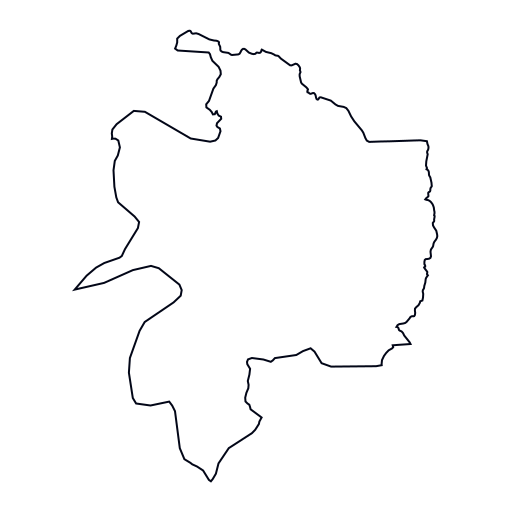 map outline of Razavi Khorasan (Albers equal-area conic projection)
{"feature_id": "IRN-3245", "entity_name": "Razavi Khorasan", "entity_type": "Province", "adm_level": 1, "iso_a3": "IRN", "parent_name": "Iran", "parent_adm1": "", "projection": "albers", "projection_center": [59.461, 35.325], "detail": "fine", "context": "isolated", "style": "outline", "palette": "ink", "viewbox_px": 512, "rotation_deg": 0, "n_neighbors": 0, "source": "natural_earth", "source_scale": "10m", "svg_char_len": 4944}
<svg xmlns="http://www.w3.org/2000/svg" viewBox="0 0 512 512"><path d="M188.3,30.9L188.6,31.0L189.7,30.7L190.3,30.9L190.8,31.4L191.4,32.7L191.8,33.2L192.8,33.7L193.9,33.6L195.1,33.4L196.2,33.3L198.6,34.0L209.3,39.4L213.9,40.5L216.2,40.7L217.3,41.0L218.5,41.6L219.0,42.2L219.0,42.8L218.8,43.4L218.9,44.1L219.9,46.1L220.2,46.8L220.3,48.4L220.3,49.6L220.6,50.6L221.8,51.6L223.0,52.1L228.4,52.9L229.2,53.4L231.0,54.7L232.0,55.0L238.3,54.4L239.5,53.8L240.4,52.4L241.1,50.9L241.9,49.7L243.0,48.9L244.4,48.9L245.5,49.5L248.9,52.6L251.9,53.8L253.5,54.1L255.0,53.9L255.6,53.6L256.1,53.0L256.6,52.6L257.4,52.6L258.8,52.9L259.5,52.9L260.3,52.6L261.2,51.5L261.4,50.2L261.8,49.6L265.9,51.9L271.3,53.2L274.0,54.5L275.0,55.2L275.9,55.5L277.9,55.8L278.6,56.2L280.9,58.6L290.1,65.3L291.6,65.4L295.5,63.7L297.1,64.1L298.5,65.4L299.8,67.3L300.1,68.4L299.9,70.4L300.3,71.3L300.5,72.1L300.2,72.8L299.8,73.7L299.6,74.7L299.7,76.5L301.1,82.5L301.9,83.7L306.3,87.3L307.6,88.8L308.0,89.4L307.9,89.8L307.6,90.1L307.5,90.4L307.5,90.9L307.3,91.7L307.5,92.3L308.6,92.6L309.0,93.1L309.6,93.5L310.2,93.8L310.8,93.8L313.0,93.0L314.0,93.1L315.2,94.4L315.7,95.8L316.0,97.4L316.5,98.9L317.4,99.6L318.1,99.5L318.6,98.9L319.4,97.6L320.0,97.3L320.8,97.3L330.8,100.6L335.4,104.4L338.0,105.9L343.7,106.9L346.3,108.1L348.4,110.8L351.1,116.4L354.3,121.3L361.8,130.3L363.3,132.7L365.4,138.1L366.8,140.6L369.2,141.9L380.3,141.5L390.1,141.3L405.1,140.8L413.4,140.5L420.5,140.3L424.0,140.8L426.9,141.2L427.5,144.1L428.1,145.5L428.4,146.3L428.5,147.4L428.4,148.4L428.2,149.4L427.8,150.3L427.4,150.9L427.1,151.9L427.2,152.9L427.7,154.2L426.3,161.3L426.0,165.6L427.0,168.1L426.8,168.4L426.7,168.7L426.5,169.3L427.2,169.6L427.8,170.0L428.2,170.5L428.5,171.0L428.8,171.9L428.9,172.8L429.0,174.9L429.3,175.7L430.3,177.4L431.5,182.8L431.7,185.5L431.8,185.9L431.7,186.4L431.0,187.4L430.6,188.0L430.4,188.8L430.3,189.7L430.3,190.5L430.0,191.4L429.4,191.9L428.8,192.1L428.3,192.6L428.2,193.6L428.4,195.4L428.4,196.2L427.6,197.1L426.1,198.3L425.3,199.4L426.3,199.8L428.1,200.1L429.5,200.8L430.8,201.9L431.9,203.3L432.7,204.5L433.3,206.0L433.8,207.5L434.2,210.6L434.5,211.9L434.5,213.3L434.1,215.3L434.6,215.9L434.6,216.8L434.2,218.9L434.1,219.4L434.2,220.9L434.0,221.5L433.1,222.5L432.8,223.0L433.0,225.4L434.0,227.3L435.8,230.0L436.3,230.8L437.1,234.4L437.3,236.1L436.9,237.9L436.0,239.6L434.4,241.7L433.6,243.4L433.1,246.1L432.7,247.0L431.2,249.1L430.8,250.0L430.5,251.8L431.0,256.3L430.4,257.9L429.1,258.7L427.4,259.0L425.8,259.1L424.8,259.9L424.4,261.8L424.4,263.7L424.5,264.5L424.9,264.9L425.2,265.7L425.2,266.6L424.5,267.0L424.1,267.4L424.5,268.2L427.1,271.6L427.3,272.0L427.2,273.0L427.0,273.8L427.1,274.5L427.9,275.3L426.2,277.7L425.7,279.0L425.3,282.6L424.3,285.9L424.1,287.6L423.9,288.5L422.9,290.1L422.7,291.2L422.8,292.1L423.2,293.7L423.2,294.5L423.0,297.6L422.4,300.5L420.2,301.3L419.9,302.7L418.5,305.2L416.3,307.1L415.0,308.6L414.9,310.7L415.2,312.9L414.9,315.0L414.2,316.1L413.4,316.3L412.4,316.2L411.4,316.4L410.5,317.0L410.0,317.5L409.7,318.2L406.5,322.0L405.1,323.0L403.3,323.5L399.3,324.1L397.6,325.1L396.5,326.9L397.3,327.0L397.9,327.4L398.4,328.0L399.0,330.0L399.7,330.6L401.5,331.4L402.3,332.2L403.1,333.2L404.2,335.5L409.7,342.4L410.5,344.0L405.1,344.4L397.8,344.9L392.7,345.3L393.2,347.2L392.1,348.4L388.7,350.3L386.2,352.9L384.0,355.9L382.0,360.1L381.6,364.0L381.7,365.2L376.1,366.2L331.1,366.6L321.6,363.2L314.5,351.6L310.6,348.3L303.0,351.1L296.3,355.0L274.9,358.1L272.8,360.4L270.8,361.8L263.4,359.5L251.9,358.0L248.0,359.4L247.0,361.9L247.3,364.2L250.1,368.8L249.4,374.6L247.8,381.0L248.6,384.9L248.3,388.3L246.4,392.8L245.2,397.7L245.5,401.5L247.5,403.5L249.3,404.7L250.0,406.8L250.6,409.3L261.6,417.5L259.4,421.5L258.9,424.0L255.2,429.8L252.0,433.1L228.8,448.1L218.5,463.4L215.9,473.7L212.7,479.1L210.9,481.3L208.9,479.9L203.1,470.5L197.0,466.5L192.2,464.3L190.5,462.9L184.4,459.2L179.8,448.2L175.0,411.2L172.2,405.6L169.2,401.6L150.5,405.5L136.1,403.5L132.8,398.0L128.9,372.7L129.9,358.0L139.6,330.8L144.7,322.0L173.6,302.4L180.7,295.7L181.7,290.1L179.4,284.6L158.8,268.2L151.0,265.9L132.9,270.1L104.1,282.9L74.7,289.6L86.6,275.7L96.1,267.6L104.3,263.0L119.5,257.7L121.8,256.0L125.0,249.1L137.9,228.1L139.1,222.0L134.6,216.5L118.1,202.3L116.3,197.4L114.4,186.8L113.5,170.3L114.8,160.9L117.8,155.5L119.9,147.4L118.3,140.5L115.5,138.7L113.3,138.6L111.9,138.9L112.2,136.5L111.8,133.4L112.4,129.5L116.6,124.2L133.8,110.9L144.9,111.8L190.7,138.5L210.1,141.7L215.4,140.5L218.1,138.0L220.5,131.2L219.9,128.5L217.4,127.0L216.5,125.6L217.0,123.2L221.2,118.8L221.0,116.7L218.7,115.6L217.3,113.4L216.8,111.2L215.9,111.6L214.8,114.2L212.9,114.4L211.7,112.0L209.8,109.8L206.4,107.4L206.2,104.3L209.0,100.9L213.4,88.6L215.9,85.1L216.7,82.5L216.7,80.8L217.4,79.3L219.3,77.0L220.8,74.2L220.5,70.7L218.6,66.8L212.4,60.8L210.8,57.2L210.0,54.2L208.7,52.5L177.7,50.5L175.1,48.6L176.3,45.6L177.2,42.4L177.2,38.6L179.9,35.9L188.3,30.9Z" fill="none" stroke="#020617" stroke-width="2"/></svg>